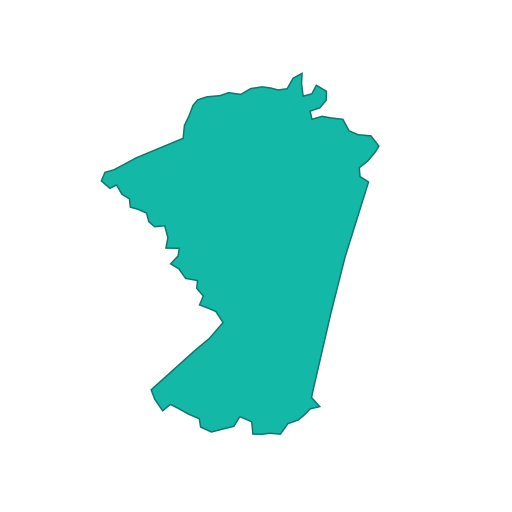 the district of Arroio Trinta, Santa Catarina, Brazil, rotated 327°
{"feature_id": "56859067B75493701327635", "entity_name": "Arroio Trinta", "entity_type": "district", "adm_level": 2, "iso_a3": "BRA", "parent_name": "Brazil", "parent_adm1": "Santa Catarina", "projection": "robinson", "projection_center": [-51.339, -26.925], "detail": "fine", "context": "isolated", "style": "filled", "palette": "teal", "viewbox_px": 512, "rotation_deg": 327, "n_neighbors": 0, "source": "geoboundaries", "source_scale": "gbopen_adm2", "svg_char_len": 1293}
<svg xmlns="http://www.w3.org/2000/svg" viewBox="0 0 512 512"><g transform="rotate(327 256 256)"><path d="M383.9,127.1L373.2,132.7L365.0,128.8L359.9,123.2L353.3,117.5L342.7,112.7L331.3,112.2L322.0,104.1L313.1,101.9L301.6,95.8L292.2,93.3L285.3,95.3L276.3,101.9L267.1,107.5L259.0,117.6L209.5,108.5L183.6,106.3L174.9,103.6L167.2,108.8L170.3,119.7L177.7,120.5L177.2,131.3L181.0,139.1L177.2,146.6L182.1,152.1L187.6,160.4L184.8,168.7L186.9,176.2L195.9,180.9L192.1,192.6L184.8,200.3L195.9,207.8L190.7,213.5L180.1,216.1L184.3,224.7L184.8,236.5L193.6,244.7L188.7,250.8L190.0,260.9L182.0,266.3L186.9,272.9L192.1,280.7L192.1,293.9L171.7,299.8L155.0,301.7L95.2,311.1L93.1,321.1L93.4,335.0L103.3,333.8L107.4,340.7L113.3,351.9L119.8,361.6L116.4,369.3L122.7,379.3L132.0,382.4L144.6,386.8L155.0,381.9L162.1,392.7L156.4,403.7L164.2,408.9L171.3,412.3L179.4,418.7L191.4,414.0L202.1,416.5L209.6,415.7L218.2,413.7L227.4,417.0L225.5,404.9L233.4,397.1L287.4,345.0L330.1,305.4L390.7,255.2L386.5,246.0L390.7,238.2L401.4,237.2L412.6,233.8L418.9,230.8L417.8,217.8L407.8,210.0L402.2,201.7L403.3,188.7L394.5,181.4L387.4,174.8L377.4,171.8L380.3,164.0L390.3,166.5L399.7,163.6L404.8,156.2L399.6,145.7L391.2,150.4L382.6,147.6L388.1,136.2L394.1,127.9L383.9,127.1Z" fill="#14b8a6" stroke="#0f766e" stroke-width="1.5"/></g></svg>